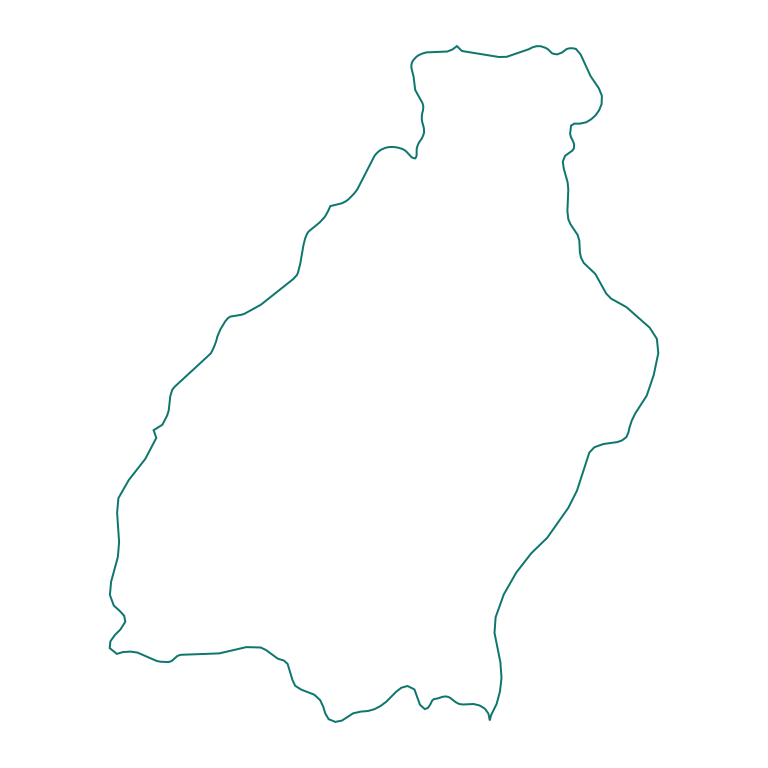 the border of Surkhandarya
{"feature_id": "UZB-362", "entity_name": "Surkhandarya", "entity_type": "Region", "adm_level": 1, "iso_a3": "UZB", "parent_name": "Uzbekistan", "parent_adm1": "", "projection": "albers", "projection_center": [67.527, 38.094], "detail": "fine", "context": "isolated", "style": "outline", "palette": "teal", "viewbox_px": 768, "rotation_deg": 0, "n_neighbors": 0, "source": "natural_earth", "source_scale": "10m", "svg_char_len": 3017}
<svg xmlns="http://www.w3.org/2000/svg" viewBox="0 0 768 768"><path d="M456.9,46.1L461.9,51.0L498.9,57.0L506.7,56.8L528.6,49.3L532.5,47.3L536.6,46.2L540.7,46.2L545.6,47.9L547.9,49.2L552.3,53.5L557.1,54.4L561.9,52.6L566.7,49.0L569.0,48.4L571.3,48.2L573.7,48.4L575.9,49.0L576.0,49.0L580.6,54.4L590.5,76.0L595.9,84.0L598.9,88.4L601.9,95.9L601.6,104.1L599.1,110.3L595.5,115.4L591.1,119.3L586.2,122.3L579.4,123.7L574.3,123.6L571.1,125.6L570.1,133.7L571.0,137.4L572.8,140.7L574.1,144.1L573.9,148.3L572.4,150.6L565.1,155.8L562.8,161.5L563.7,168.3L567.6,182.2L568.3,189.7L567.4,211.0L568.3,219.2L570.4,224.1L577.6,234.9L579.3,240.5L579.9,252.3L581.0,257.7L583.8,263.0L595.3,273.9L606.2,293.6L611.2,298.7L626.4,307.1L649.7,327.7L656.9,338.9L658.3,353.2L653.7,375.1L646.7,395.7L635.4,413.2L631.9,420.3L631.8,420.5L629.7,426.8L628.4,432.5L626.3,437.2L623.1,439.6L621.7,440.6L617.2,442.1L603.5,444.0L594.4,447.2L589.3,452.6L577.0,490.6L568.4,507.7L547.2,537.8L531.4,553.1L516.3,572.5L503.8,594.4L495.6,617.3L494.5,632.9L500.4,662.3L501.5,678.0L500.0,691.3L496.6,704.0L491.1,715.1L489.8,720.5L488.4,713.6L484.9,708.7L479.7,705.5L473.5,704.0L463.0,704.5L459.2,704.0L455.9,702.3L449.5,697.4L446.1,696.4L442.7,696.8L437.1,698.6L434.0,699.0L432.1,700.7L430.3,704.4L428.0,707.9L424.8,709.1L420.0,704.8L414.4,689.4L407.6,686.0L401.4,687.7L396.0,691.9L386.3,701.7L380.4,706.1L374.4,709.2L368.0,711.0L360.8,711.6L353.2,713.3L341.9,720.6L335.3,721.9L328.7,719.2L325.3,713.5L323.2,706.6L320.2,700.2L314.3,694.7L301.2,689.6L295.2,685.8L292.5,680.1L287.6,663.9L284.0,660.6L277.8,658.7L266.1,650.1L260.7,647.5L246.4,647.1L219.2,653.4L180.6,654.8L177.5,655.9L171.6,661.0L168.4,662.1L160.4,661.7L156.8,661.0L137.3,652.5L130.3,651.6L122.7,652.1L116.9,653.9L109.7,648.1L110.4,641.3L114.9,635.0L120.5,629.4L125.3,621.7L124.2,615.8L119.5,610.7L113.8,605.6L109.9,595.0L111.1,581.8L117.9,556.8L119.1,542.0L117.1,512.8L118.4,498.2L128.8,480.0L145.3,458.9L156.3,437.9L153.6,430.2L162.4,424.7L167.1,415.6L168.7,410.6L170.3,396.1L172.2,389.9L174.6,386.8L210.6,353.6L212.8,349.7L214.7,345.2L216.3,340.7L217.4,336.4L220.6,329.0L225.2,321.4L227.8,318.3L230.2,316.6L240.8,314.9L244.2,313.9L260.9,304.7L293.4,278.9L297.1,274.8L297.9,272.8L300.2,264.0L303.5,244.9L305.1,238.6L307.0,233.8L308.6,231.5L319.5,222.6L324.8,216.9L327.9,211.5L330.3,206.1L341.9,203.3L346.3,201.0L349.0,198.8L354.2,193.5L357.2,189.6L374.6,155.7L376.2,153.8L378.0,152.0L380.7,149.9L384.9,148.0L388.6,147.1L392.8,146.9L397.4,147.5L401.6,148.7L403.5,149.5L405.1,150.5L406.3,151.5L411.5,157.1L413.1,158.0L415.1,158.4L416.1,157.1L416.6,155.3L416.7,148.8L417.4,146.1L418.7,143.0L421.8,138.4L423.2,135.4L424.1,132.6L424.0,130.5L423.9,128.4L423.0,124.6L422.4,122.8L422.0,121.0L421.8,119.0L421.8,117.1L421.9,115.1L422.3,112.9L422.9,110.8L423.2,108.4L423.3,106.3L422.9,104.4L422.3,102.8L415.2,90.0L413.6,76.7L411.4,68.0L411.4,64.9L412.1,62.1L413.8,59.5L415.9,57.3L417.7,55.8L419.4,54.8L422.8,53.4L426.4,52.4L447.4,51.5L452.6,49.4L456.9,46.1Z" fill="none" stroke="#0f766e" stroke-width="2"/></svg>